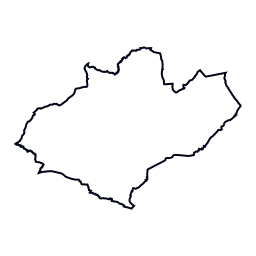 Phayuha Khiri, Nakhon Sawan, Thailand (orthographic projection)
{"feature_id": "78962969B23283283328110", "entity_name": "Phayuha Khiri", "entity_type": "district", "adm_level": 2, "iso_a3": "THA", "parent_name": "Thailand", "parent_adm1": "Nakhon Sawan", "projection": "orthographic", "projection_center": [100.164, 15.5], "detail": "fine", "context": "isolated", "style": "outline", "palette": "ink", "viewbox_px": 256, "rotation_deg": 0, "n_neighbors": 0, "source": "geoboundaries", "source_scale": "gbopen_adm2", "svg_char_len": 5678}
<svg xmlns="http://www.w3.org/2000/svg" viewBox="0 0 256 256"><path d="M27.6,122.0L26.3,124.5L25.5,127.7L24.2,130.1L24.1,131.1L24.4,132.5L24.3,133.0L23.4,134.6L22.1,135.7L21.6,138.5L20.3,139.9L20.1,140.7L18.1,142.2L16.1,143.3L15.4,143.9L16.3,144.6L16.8,144.8L17.3,144.4L17.6,143.8L17.9,144.0L18.3,145.0L19.0,145.0L19.7,145.5L20.3,145.2L20.3,146.0L20.5,146.2L20.4,146.5L21.1,147.0L21.7,146.8L21.7,146.4L22.1,146.1L22.7,146.6L23.1,146.5L23.5,146.9L23.4,147.4L23.6,147.7L23.5,148.0L23.7,148.4L24.2,148.4L24.3,148.7L25.7,149.1L25.9,149.7L26.5,149.9L26.7,150.3L27.0,150.2L27.1,150.5L27.5,150.6L27.5,151.0L27.7,150.9L27.8,151.2L28.1,150.9L28.4,151.3L28.7,150.9L29.2,150.9L30.0,150.6L30.4,151.0L30.6,150.9L30.7,151.1L31.3,151.2L31.3,151.5L31.7,151.8L32.2,151.8L32.5,152.4L32.8,152.5L33.4,153.5L33.8,153.4L34.3,153.8L34.3,153.5L34.6,153.5L35.0,154.7L35.6,154.7L35.7,155.0L35.4,155.6L35.6,156.2L35.4,156.7L35.4,158.3L35.0,159.3L35.7,160.7L36.0,161.4L35.9,161.7L37.5,162.1L39.7,162.3L40.7,162.9L41.8,163.1L43.5,164.4L43.2,165.5L42.1,166.4L42.2,167.4L41.2,167.7L40.3,168.6L40.3,169.0L40.6,169.4L40.6,169.7L40.0,170.6L38.8,173.0L41.8,172.0L49.4,171.2L51.9,171.2L61.0,173.3L62.4,173.9L64.3,175.4L65.8,176.8L71.1,178.7L75.1,179.6L78.8,179.7L79.3,180.3L79.5,181.3L80.4,181.4L80.4,181.7L81.1,182.8L81.4,183.8L82.0,184.3L84.2,184.3L86.7,184.7L87.4,184.5L87.7,185.4L88.5,187.0L88.3,187.4L89.0,189.4L89.0,190.2L90.9,190.7L89.7,192.7L90.0,192.9L90.7,192.4L91.1,192.4L91.5,192.8L92.7,192.8L93.2,193.7L95.4,193.8L95.4,194.5L96.5,194.7L96.6,194.9L97.7,195.0L98.2,196.2L98.7,196.3L99.5,196.8L99.4,197.6L100.0,198.3L101.4,198.5L102.0,198.2L103.0,198.2L106.8,198.6L109.1,199.3L109.4,198.8L110.3,199.1L110.5,198.4L112.0,199.0L111.9,199.9L111.7,200.9L115.5,201.7L117.5,201.9L119.6,203.7L121.5,203.9L123.6,205.1L123.4,205.8L124.4,206.1L124.3,206.7L127.1,207.3L131.6,208.6L132.5,207.4L134.1,205.9L131.1,203.5L130.4,202.7L129.6,201.5L129.6,199.4L129.9,198.2L130.6,197.1L130.7,196.2L130.7,195.5L130.3,195.3L131.7,191.2L132.4,191.3L132.8,189.2L133.2,188.1L135.9,188.8L137.0,187.9L138.1,187.7L139.2,187.0L141.5,184.7L142.1,184.5L142.6,184.0L145.1,181.4L146.5,180.7L146.4,180.4L145.8,179.9L147.3,179.2L146.8,177.4L147.3,177.3L147.2,174.0L147.6,169.5L164.7,160.6L165.3,160.1L165.7,158.6L166.1,158.2L167.4,158.0L168.7,158.1L170.9,157.7L171.7,157.4L172.6,156.8L172.7,156.2L173.7,155.1L176.9,154.9L188.6,156.0L193.8,155.1L194.0,152.7L194.7,152.5L195.6,151.8L196.2,151.5L197.6,151.7L198.4,150.3L198.8,150.4L199.1,148.9L201.7,149.6L202.0,148.5L203.0,148.7L203.9,146.0L205.0,146.7L205.7,145.2L207.3,143.2L209.9,138.7L210.8,137.6L211.3,137.0L212.3,136.6L214.0,134.8L214.8,134.2L215.5,133.2L217.3,131.5L218.3,129.9L220.5,130.0L221.8,129.5L221.4,128.2L221.5,126.5L223.1,126.1L223.6,125.5L224.5,122.8L225.2,122.0L227.9,120.5L230.1,120.0L232.5,118.3L234.3,116.6L234.3,116.1L235.3,116.0L235.4,114.5L236.4,114.5L236.4,113.1L237.9,109.6L240.4,106.3L240.6,105.5L238.9,103.6L236.5,100.2L235.7,99.6L231.9,94.1L227.6,87.2L226.1,85.1L225.8,83.4L225.2,82.3L225.6,81.3L225.5,80.7L224.6,79.0L224.4,78.2L224.6,76.8L224.8,76.5L225.1,75.3L224.9,74.1L225.7,72.8L206.0,76.6L204.9,76.0L200.0,70.2L197.6,72.0L196.9,73.8L195.2,76.1L194.9,76.1L194.8,76.9L194.5,77.3L192.0,79.9L189.6,80.6L188.7,82.1L187.5,83.3L187.2,84.1L186.4,84.3L186.2,84.8L185.1,85.2L183.5,84.8L183.3,85.7L183.5,87.2L183.9,88.0L184.4,88.1L184.2,88.5L183.9,88.7L182.9,88.8L182.0,89.2L181.1,89.9L180.0,90.0L176.7,92.4L176.1,92.5L175.5,92.3L173.6,90.7L172.8,89.3L172.3,86.2L172.8,84.6L172.6,83.7L164.7,84.3L164.1,84.1L163.8,80.2L162.4,77.3L161.8,74.3L161.8,72.9L162.2,69.3L162.8,69.2L162.5,68.4L162.6,64.9L162.3,61.3L162.1,60.5L161.2,59.3L161.1,57.2L160.2,53.4L153.8,52.1L152.4,51.0L150.1,49.7L150.4,49.0L150.9,48.8L151.1,48.1L148.4,48.1L146.9,48.5L146.0,48.2L144.2,47.4L143.2,47.8L142.6,47.7L141.3,48.3L140.4,48.1L140.5,48.8L139.7,49.7L138.2,49.6L137.9,49.8L137.4,49.8L137.2,50.2L136.5,50.1L136.3,50.4L136.5,50.5L136.3,50.7L136.1,50.6L135.7,50.8L134.3,50.4L133.1,50.7L132.3,50.5L132.3,50.8L131.8,51.0L131.4,51.5L130.4,52.2L130.3,52.6L129.8,53.4L129.9,53.7L129.4,54.6L129.1,54.9L128.5,54.8L128.3,55.4L128.0,55.3L127.1,55.8L126.7,57.5L126.3,57.5L125.6,58.0L125.5,57.8L125.1,57.8L124.7,57.5L124.1,57.7L123.9,57.4L123.4,57.8L123.3,58.1L122.9,58.0L122.6,58.5L122.3,58.7L122.6,59.3L122.2,59.6L121.9,60.4L121.6,60.3L121.1,60.8L121.0,61.5L120.7,61.4L120.6,61.9L119.8,62.1L119.9,62.5L118.6,63.3L118.4,63.7L118.1,63.7L117.8,64.3L118.0,64.5L117.8,66.0L117.9,66.3L118.2,66.4L118.2,67.1L118.5,67.2L118.3,67.6L118.4,69.0L118.9,69.2L118.8,70.0L118.4,70.4L118.6,70.6L118.3,71.2L118.4,71.7L117.7,72.3L117.5,72.1L117.1,73.1L116.4,72.9L116.3,73.4L115.8,73.7L115.2,74.5L114.9,74.5L114.9,74.1L113.5,73.3L113.1,73.3L113.0,73.0L112.5,73.1L111.9,72.6L110.9,72.9L109.7,73.0L109.4,72.6L108.5,72.3L107.5,71.6L107.1,71.1L105.9,71.9L105.1,72.0L104.5,71.7L103.6,71.9L101.1,71.2L99.3,70.0L98.0,70.3L95.1,68.6L95.1,67.7L93.5,66.9L92.5,66.7L89.9,67.4L89.2,67.2L88.0,66.1L87.9,64.6L88.2,63.6L87.3,64.1L85.5,65.9L84.8,67.2L84.5,68.5L85.3,70.4L86.3,72.0L87.1,74.4L87.3,75.2L86.9,76.4L86.9,77.8L88.0,78.8L87.8,79.1L87.1,79.6L87.0,80.0L86.9,80.9L87.4,85.2L87.1,86.5L86.4,86.9L85.9,87.0L85.3,86.7L82.2,87.3L79.9,88.1L77.0,88.5L75.8,88.8L75.2,89.7L74.8,91.6L73.9,93.9L72.3,95.5L68.2,98.4L67.1,100.2L60.9,104.8L59.7,105.4L59.0,105.1L58.5,105.2L57.8,104.8L57.0,104.3L56.7,103.8L55.8,104.1L54.4,103.8L53.6,103.9L53.0,104.5L49.6,104.8L49.2,105.3L48.2,105.8L47.6,106.3L45.0,106.7L42.8,107.9L40.6,108.7L40.3,108.2L39.9,108.1L37.2,108.8L36.9,109.9L33.7,112.6L34.8,113.7L34.7,114.4L34.5,115.0L32.9,115.5L32.5,117.2L31.2,119.6L30.5,120.1L29.4,121.3L28.6,121.5L27.6,122.0Z" fill="none" stroke="#020617" stroke-width="2"/></svg>